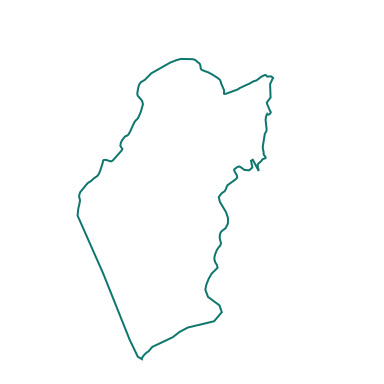 outline of Toledo, rotated 332°
{"feature_id": "BLZ-1356", "entity_name": "Toledo", "entity_type": "District", "adm_level": 1, "iso_a3": "BLZ", "parent_name": "Belize", "parent_adm1": "", "projection": "albers", "projection_center": [-88.761, 16.286], "detail": "fine", "context": "isolated", "style": "outline", "palette": "teal", "viewbox_px": 384, "rotation_deg": 332, "n_neighbors": 0, "source": "natural_earth", "source_scale": "10m", "svg_char_len": 2476}
<svg xmlns="http://www.w3.org/2000/svg" viewBox="0 0 384 384"><g transform="rotate(332 192 192)"><path d="M69.3,316.0L66.8,312.0L67.0,308.1L67.6,293.3L75.3,222.4L79.9,159.1L83.2,154.1L84.9,152.0L86.3,150.5L88.3,148.0L89.2,146.7L89.6,145.5L89.9,143.9L90.0,143.3L91.0,141.9L92.3,140.4L93.6,139.5L104.0,135.2L107.8,134.9L109.0,134.7L111.1,134.0L116.0,133.4L117.9,132.5L120.2,130.8L126.2,125.0L128.1,122.8L128.9,122.3L130.3,122.8L131.2,123.4L132.2,124.3L134.1,126.4L135.1,127.0L136.4,127.0L138.0,126.6L149.6,122.2L150.8,121.3L150.4,118.8L150.4,117.7L151.8,115.7L153.0,114.6L154.7,113.4L158.0,111.9L159.8,111.5L161.2,111.8L163.0,111.3L165.6,109.7L173.5,103.6L175.6,102.5L177.9,101.9L179.2,101.3L184.0,97.6L189.9,91.5L190.7,88.3L190.5,86.7L189.3,81.6L189.5,80.3L190.3,78.8L193.4,74.8L195.1,73.0L195.9,72.3L198.2,71.1L203.2,70.8L211.7,68.1L233.7,67.5L240.3,68.3L244.7,69.3L254.9,75.0L256.4,76.4L257.2,77.8L258.1,80.4L258.9,81.7L259.0,82.9L258.8,84.2L257.7,87.0L257.8,88.5L259.1,90.2L262.7,94.2L263.7,95.8L264.6,97.0L265.2,98.1L266.0,99.4L266.7,100.7L267.4,101.9L268.6,104.2L269.2,105.7L269.3,106.9L269.1,107.9L268.7,109.8L268.3,114.9L268.2,115.9L268.1,117.2L267.5,118.4L266.9,119.1L266.5,120.5L268.2,121.2L280.2,122.9L282.0,122.8L282.8,122.6L294.4,123.3L295.7,123.2L298.7,123.2L300.3,123.6L301.7,123.7L307.7,122.7L310.7,122.9L311.9,123.2L312.7,125.5L316.1,127.0L317.2,129.2L311.6,133.4L305.7,145.5L300.1,148.1L299.6,149.7L299.0,157.0L299.1,158.5L297.5,159.6L295.9,159.6L294.9,159.1L294.9,158.5L293.1,159.8L292.5,160.4L292.1,161.2L290.9,162.7L287.2,171.9L286.0,173.4L283.7,174.7L276.0,184.9L275.1,186.5L273.9,190.6L273.1,192.0L272.9,192.9L273.3,195.5L273.1,196.4L272.3,196.6L269.9,196.2L269.1,196.4L267.8,197.2L264.2,198.0L262.9,198.7L262.2,199.9L260.8,204.8L260.8,192.1L258.8,192.1L256.8,198.7L252.7,199.7L248.6,197.1L246.8,193.2L245.6,191.5L243.2,191.3L240.7,191.7L239.6,192.1L239.3,193.2L239.4,198.6L238.6,200.6L236.4,201.3L226.5,202.7L224.8,203.9L223.4,205.3L221.3,206.6L217.4,207.1L213.2,209.1L212.0,213.9L212.6,225.8L211.5,232.1L208.8,236.8L204.6,239.7L199.5,240.6L198.0,241.4L196.2,243.3L194.8,245.7L193.5,251.0L191.7,252.6L189.1,253.6L186.3,255.2L183.0,258.1L181.6,259.6L180.3,261.5L179.5,264.9L179.8,268.3L179.0,270.9L171.3,273.2L166.2,276.3L161.3,280.4L157.9,284.5L156.9,292.2L163.0,304.9L161.9,312.1L150.8,316.5L124.7,309.7L115.2,309.7L106.8,311.2L84.3,310.1L78.8,312.3L76.2,312.5L72.7,313.6L69.9,315.0L69.3,316.0Z" fill="none" stroke="#0f766e" stroke-width="2"/></g></svg>